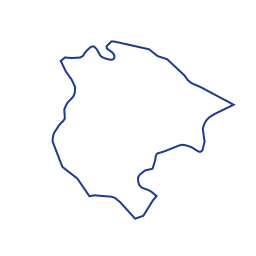 an SVG outline of Sololá, rotated 293°
{"feature_id": "GTM-1954", "entity_name": "Sololá", "entity_type": "Department", "adm_level": 1, "iso_a3": "GTM", "parent_name": "Guatemala", "parent_adm1": "", "projection": "natural_earth1", "projection_center": [-91.246, 14.721], "detail": "fine", "context": "isolated", "style": "outline", "palette": "blue", "viewbox_px": 256, "rotation_deg": 293, "n_neighbors": 0, "source": "natural_earth", "source_scale": "10m", "svg_char_len": 1415}
<svg xmlns="http://www.w3.org/2000/svg" viewBox="0 0 256 256"><g transform="rotate(293 128 128)"><path d="M201.3,79.0L202.3,82.0L208.7,116.7L206.1,125.8L205.8,127.4L206.6,137.3L198.4,159.5L195.3,164.6L194.1,168.8L194.0,179.2L190.7,216.1L175.3,202.7L170.1,198.9L166.2,197.3L163.9,196.8L159.8,196.7L156.4,197.2L145.4,203.8L136.4,205.2L135.3,204.6L134.1,203.6L134.0,202.3L134.0,200.9L134.9,195.7L135.1,194.2L134.9,190.0L134.3,186.2L133.6,184.2L131.8,181.8L120.3,170.2L116.2,165.1L115.0,164.7L113.5,164.4L109.1,165.6L100.2,166.5L99.9,166.2L95.4,160.1L89.5,157.0L86.4,156.6L84.0,157.5L82.6,158.4L80.7,159.9L79.6,161.2L79.0,162.5L78.6,163.8L78.5,165.1L78.8,171.0L78.4,174.5L76.5,180.9L71.2,179.2L53.2,176.4L47.3,170.0L56.7,149.6L58.6,143.1L58.5,141.5L58.1,139.0L53.1,124.0L52.0,121.9L50.1,119.2L61.7,101.1L66.5,83.0L68.0,81.4L86.1,63.9L89.5,62.6L94.2,61.8L103.3,63.4L107.0,64.6L109.2,65.7L112.1,66.1L120.2,62.1L125.6,62.1L128.4,62.7L134.7,65.1L135.9,65.3L138.5,65.4L140.7,64.9L145.1,63.3L150.5,57.2L155.8,48.6L163.5,39.9L168.3,42.4L170.3,48.6L174.1,56.3L176.5,58.3L177.6,58.6L178.7,58.6L180.4,58.9L182.6,59.6L187.2,61.6L189.0,63.1L189.7,64.6L189.5,65.7L188.5,67.9L187.3,69.9L184.0,74.0L183.5,75.0L183.1,76.8L183.1,79.3L183.7,84.3L184.6,86.4L185.6,87.7L186.8,87.9L188.0,87.8L189.0,87.4L189.8,86.8L190.4,85.9L190.9,85.0L191.4,83.9L192.9,77.6L194.8,76.3L201.3,79.0Z" fill="none" stroke="#1e3a8a" stroke-width="2"/></g></svg>